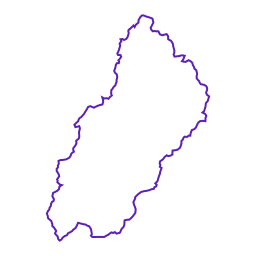 the district of Santa Tereza de Goiás, Goiás, Brazil
{"feature_id": "56859067B61245198999160", "entity_name": "Santa Tereza de Goiás", "entity_type": "district", "adm_level": 2, "iso_a3": "BRA", "parent_name": "Brazil", "parent_adm1": "Goiás", "projection": "mercator", "projection_center": [-48.989, -13.559], "detail": "fine", "context": "isolated", "style": "outline", "palette": "violet", "viewbox_px": 256, "rotation_deg": 0, "n_neighbors": 0, "source": "geoboundaries", "source_scale": "gbopen_adm2", "svg_char_len": 3750}
<svg xmlns="http://www.w3.org/2000/svg" viewBox="0 0 256 256"><path d="M124.3,224.9L124.6,220.3L126.9,219.8L129.3,219.6L130.9,218.3L132.9,216.2L135.3,212.9L135.7,209.6L135.3,207.9L134.4,205.6L133.8,204.1L133.4,202.1L134.3,200.3L135.1,198.7L135.2,197.1L137.9,194.4L139.3,193.3L141.3,191.9L144.1,191.2L147.3,190.7L149.7,190.0L151.3,189.3L153.9,188.8L154.4,187.2L156.2,186.4L156.7,184.9L155.3,183.3L157.4,181.4L158.2,178.6L159.0,176.0L159.9,173.8L160.2,171.8L160.8,170.0L161.6,168.0L159.8,166.8L160.4,165.1L159.7,163.6L160.0,161.4L162.9,159.4L164.6,157.0L166.7,155.3L168.1,156.1L170.3,155.7L172.4,154.6L172.4,152.4L172.6,150.5L174.7,150.3L177.8,149.6L180.0,147.7L181.1,144.8L181.5,142.7L181.4,141.0L183.0,139.4L183.4,137.9L184.5,136.7L187.2,136.9L188.7,135.6L190.3,135.7L190.7,132.9L191.9,130.0L194.3,129.2L195.9,127.5L197.9,123.1L199.9,121.2L202.7,120.8L205.4,121.2L205.5,117.9L206.4,116.0L205.3,114.1L203.9,113.3L202.5,112.5L204.0,111.3L205.0,108.3L205.5,106.5L205.9,103.1L207.7,101.1L209.1,96.4L206.9,94.7L206.1,92.6L207.1,89.8L207.1,88.0L206.4,86.3L204.5,85.0L202.6,84.5L200.9,84.2L199.7,82.8L199.1,81.1L198.0,80.0L196.7,78.4L196.6,76.3L197.1,74.4L196.8,72.0L196.1,70.1L194.4,68.6L194.0,67.0L192.8,64.9L192.3,62.8L190.7,61.3L188.6,60.2L185.6,61.9L183.8,61.7L182.0,61.2L183.6,58.8L184.0,57.4L184.7,55.8L183.2,55.4L181.4,55.4L178.9,56.1L176.4,56.4L174.5,56.6L173.6,54.6L174.2,53.2L174.4,50.6L173.4,47.0L172.8,43.6L171.9,42.1L170.9,40.7L169.5,40.0L168.2,39.3L168.1,36.2L166.6,34.1L164.6,34.6L162.3,35.3L159.9,34.3L158.4,31.3L156.1,31.3L154.6,31.0L152.8,31.3L151.3,29.7L150.6,28.0L151.4,26.4L152.4,24.5L153.4,22.4L152.9,20.4L152.5,18.7L151.0,18.0L148.3,17.1L145.8,16.4L143.6,15.4L141.8,15.5L140.1,17.4L138.5,20.2L138.5,22.5L137.3,23.6L136.0,24.5L134.6,27.1L133.5,25.5L132.1,26.8L130.6,28.4L129.3,29.3L128.3,30.5L128.7,33.4L127.6,37.0L126.3,38.9L124.0,40.0L122.5,39.0L120.5,39.3L121.4,41.2L119.6,43.6L120.2,45.5L119.5,48.0L118.7,50.4L118.2,51.9L117.3,53.5L118.1,55.0L120.5,55.1L121.2,56.7L120.0,58.6L118.4,60.3L119.2,61.6L118.8,63.1L117.0,63.1L115.8,64.9L115.6,66.6L114.9,69.0L114.2,70.9L115.0,72.7L116.8,74.4L117.3,77.1L116.5,80.3L116.6,81.9L115.9,83.3L115.4,85.3L113.8,86.7L112.3,89.1L111.2,90.3L111.3,91.9L111.1,93.4L111.8,95.5L109.9,97.0L108.5,98.8L106.7,98.2L104.3,98.5L102.3,97.4L103.0,99.8L103.2,101.9L102.4,104.5L98.7,105.4L95.5,106.8L93.9,107.7L90.5,106.2L88.2,106.8L86.7,109.5L85.2,111.8L84.1,113.8L82.4,115.7L81.3,117.0L79.6,118.1L78.7,119.5L78.1,121.3L76.3,122.9L74.4,124.7L75.4,127.1L77.5,126.6L79.2,126.2L79.9,128.1L79.6,130.0L79.0,131.9L79.2,134.9L79.2,137.3L78.6,138.8L77.1,139.9L76.1,141.0L76.5,143.0L75.7,145.0L74.3,146.9L73.3,148.2L73.2,149.8L73.9,151.7L72.2,152.8L71.2,154.0L70.4,156.2L69.4,157.6L67.9,158.5L66.0,159.4L64.2,159.7L62.3,160.0L60.4,160.1L58.5,160.9L58.8,163.7L57.9,165.6L57.9,167.5L56.7,168.8L56.7,171.0L58.7,174.2L59.2,176.3L58.0,178.1L57.1,179.3L57.6,180.7L57.4,182.3L58.7,183.3L59.7,184.5L61.8,185.1L59.4,186.7L59.1,188.9L57.4,190.7L55.8,191.6L53.1,192.9L52.4,196.1L53.0,197.5L53.9,199.0L53.6,201.0L52.0,201.9L51.0,204.1L50.9,205.8L49.6,207.7L49.3,209.5L48.0,211.0L46.9,213.4L47.7,215.8L48.1,218.3L49.5,219.4L51.3,221.0L51.8,222.7L52.4,224.4L52.3,226.1L53.8,227.3L54.7,228.7L56.2,230.9L55.0,233.4L56.3,235.1L57.6,236.3L58.1,238.8L59.6,240.6L61.4,239.6L62.6,237.7L64.7,236.1L66.9,235.2L68.1,233.2L70.1,232.3L72.3,230.9L73.2,229.7L74.6,228.8L75.8,227.7L76.8,225.7L78.1,222.8L80.3,223.4L83.2,224.2L85.5,224.5L87.2,225.6L89.2,226.3L90.8,228.8L91.3,230.8L91.7,232.8L91.8,234.4L91.0,235.7L92.3,237.0L104.4,236.9L106.5,235.6L108.3,234.7L109.8,233.5L111.5,232.4L113.2,233.0L114.9,232.1L116.5,233.6L118.2,233.2L119.8,232.8L120.6,231.3L121.5,229.1L123.4,227.1L124.3,224.9Z" fill="none" stroke="#5b21b6" stroke-width="2"/></svg>